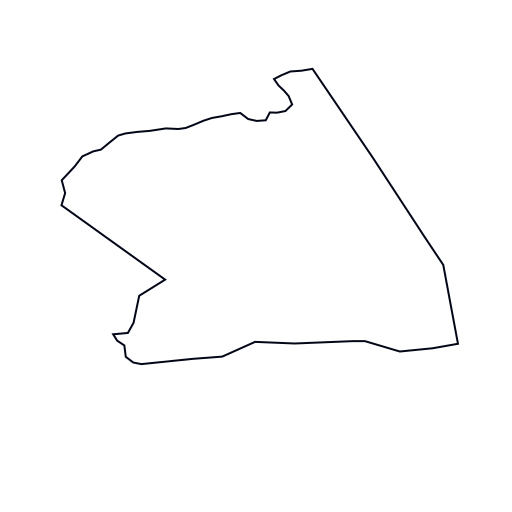 Cacimba de Dentro, Paraíba, Brazil, rotated 153°
{"feature_id": "56859067B66025103002424", "entity_name": "Cacimba de Dentro", "entity_type": "district", "adm_level": 2, "iso_a3": "BRA", "parent_name": "Brazil", "parent_adm1": "Paraíba", "projection": "mercator", "projection_center": [-35.805, -6.618], "detail": "fine", "context": "isolated", "style": "outline", "palette": "ink", "viewbox_px": 512, "rotation_deg": 153, "n_neighbors": 0, "source": "geoboundaries", "source_scale": "gbopen_adm2", "svg_char_len": 893}
<svg xmlns="http://www.w3.org/2000/svg" viewBox="0 0 512 512"><g transform="rotate(153 256 256)"><path d="M115.9,86.1L105.2,122.4L93.2,163.0L97.2,197.1L107.3,290.6L120.7,397.1L131.5,400.5L141.6,404.8L151.0,405.5L159.6,405.5L158.5,397.6L156.0,390.6L154.3,383.7L155.0,374.6L164.0,371.8L172.3,374.2L178.5,377.6L185.7,372.5L194.0,376.0L200.8,381.6L205.1,390.6L213.4,393.5L223.2,396.1L232.6,399.0L241.6,400.4L251.6,401.1L260.6,402.0L267.5,404.4L278.4,410.6L293.8,415.7L305.5,420.5L316.8,424.5L324.2,425.9L335.1,423.6L345.9,421.2L353.5,423.1L365.5,423.6L376.7,418.2L388.5,413.9L394.7,411.7L397.5,398.7L406.3,389.5L347.7,276.2L378.1,273.6L395.4,252.1L405.1,245.6L418.8,251.1L418.1,243.5L413.9,236.1L417.8,225.3L413.7,216.8L407.2,211.7L359.6,193.3L331.8,181.7L295.8,179.9L261.3,160.5L208.4,136.2L197.6,130.7L171.2,105.6L140.5,93.6L115.9,86.1Z" fill="none" stroke="#020617" stroke-width="2"/></g></svg>